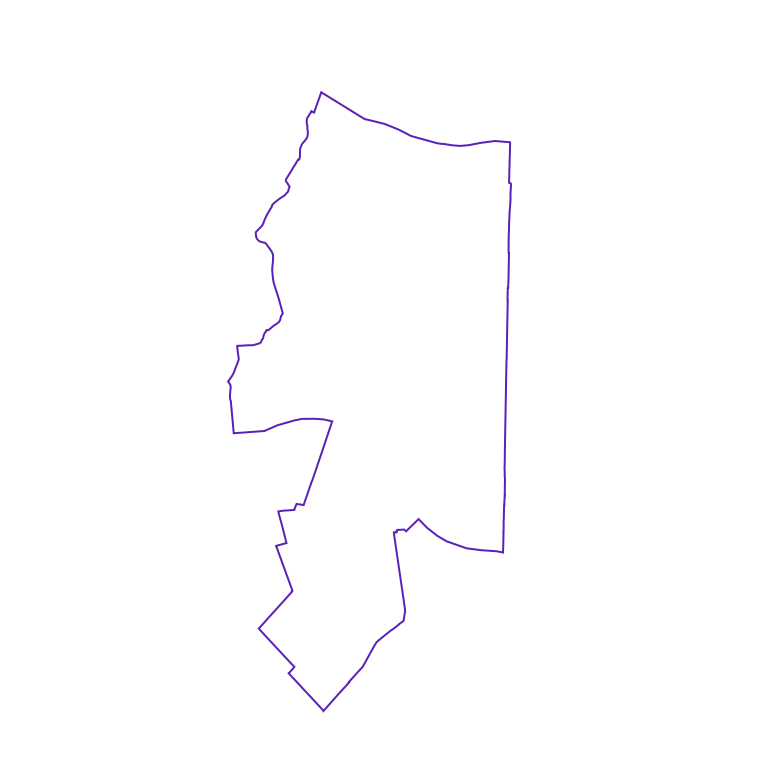 outline of Stelnica, Ialomita, Romania, rotated 254°
{"feature_id": "2599482B4677795676916", "entity_name": "Stelnica", "entity_type": "district", "adm_level": 2, "iso_a3": "ROU", "parent_name": "Romania", "parent_adm1": "Ialomita", "projection": "robinson", "projection_center": [27.955, 44.403], "detail": "fine", "context": "isolated", "style": "outline", "palette": "violet", "viewbox_px": 768, "rotation_deg": 254, "n_neighbors": 0, "source": "geoboundaries", "source_scale": "gbopen_adm2", "svg_char_len": 6029}
<svg xmlns="http://www.w3.org/2000/svg" viewBox="0 0 768 768"><g transform="rotate(254 384 384)"><path d="M681.7,404.1L664.2,391.6L666.3,389.3L665.7,388.8L664.6,388.0L664.3,387.4L664.0,386.9L663.6,386.5L663.2,386.1L662.8,385.7L662.2,385.3L661.9,384.8L661.6,384.3L660.8,383.5L660.3,383.2L659.8,382.9L659.0,382.5L658.3,382.3L657.7,382.1L657.1,381.9L656.7,381.8L656.4,381.8L655.8,381.6L655.2,381.6L654.3,381.5L653.7,381.5L653.3,381.5L653.0,381.4L652.6,381.3L651.9,381.2L651.6,381.1L651.5,380.9L651.2,380.8L650.2,380.7L648.3,380.4L647.3,380.2L645.9,379.9L645.0,379.6L644.6,379.4L644.1,379.1L643.6,378.9L643.2,378.7L642.6,378.3L642.5,378.2L642.1,377.8L641.8,377.6L641.6,377.4L641.3,377.0L640.9,376.6L640.5,376.0L639.4,374.6L639.1,374.1L638.8,373.6L638.1,372.5L637.8,372.1L637.5,371.7L637.1,371.3L636.7,370.9L635.7,370.1L634.5,369.1L633.1,368.2L632.6,368.0L632.1,367.8L631.1,367.5L630.4,367.2L628.6,366.7L626.7,366.2L625.6,365.8L625.3,365.7L624.6,365.3L624.0,364.9L623.9,364.8L623.4,364.4L623.2,364.1L623.0,363.8L623.4,363.4L621.6,361.3L619.2,358.9L618.9,358.5L618.8,358.4L618.0,357.3L617.5,356.9L616.9,356.2L613.4,352.5L610.7,349.5L608.9,347.5L608.1,346.7L607.5,346.0L607.3,345.9L607.1,345.8L606.5,345.7L606.2,345.7L605.7,345.7L605.0,345.9L604.0,346.4L603.5,346.6L602.9,346.7L602.3,346.8L601.7,346.9L601.5,347.0L601.3,347.1L600.8,347.4L600.5,347.6L600.3,347.6L599.9,347.7L599.3,347.6L599.1,347.4L598.9,347.2L598.6,346.8L598.5,346.6L598.1,346.3L597.5,346.0L596.6,345.6L596.3,345.4L595.9,345.2L595.3,344.6L595.1,344.4L594.9,344.1L594.7,343.6L594.2,342.8L593.3,341.5L592.9,340.8L592.6,340.3L592.1,338.6L590.9,334.6L589.1,330.2L588.2,328.2L587.1,326.1L586.2,325.5L585.1,324.7L580.9,320.2L579.2,318.4L575.0,314.7L571.4,312.0L570.2,310.9L569.4,309.8L568.3,307.9L567.6,306.6L565.9,303.7L565.6,303.1L565.4,302.9L565.1,302.6L564.8,302.4L563.9,302.2L562.7,302.0L561.3,301.8L560.4,301.7L559.7,301.7L558.9,301.9L558.3,302.0L557.4,302.4L555.9,303.3L555.5,303.7L554.4,305.1L552.4,308.6L551.6,309.2L547.5,310.7L542.8,312.4L540.9,312.7L539.3,312.9L538.9,312.9L538.1,312.7L535.9,312.2L532.8,311.2L526.7,308.7L524.3,307.9L516.3,306.4L512.1,305.9L510.7,305.9L505.3,306.0L499.2,306.3L491.4,306.3L479.8,306.2L477.5,303.7L474.2,301.8L472.9,300.5L472.4,299.6L471.4,297.4L471.1,296.4L470.8,295.0L469.9,292.8L468.4,289.5L467.7,288.0L467.7,287.7L467.7,287.2L467.9,286.9L468.1,286.5L468.2,286.2L468.2,285.9L467.9,285.5L467.4,285.3L467.0,285.1L466.8,284.8L466.3,283.9L466.0,283.5L465.6,283.1L464.5,282.2L464.0,281.9L463.6,281.5L463.0,281.2L462.6,281.0L461.8,280.7L461.4,280.4L460.9,279.9L460.4,279.3L460.1,279.0L459.6,278.4L458.5,277.6L458.0,276.9L457.7,276.4L457.5,275.7L457.4,275.1L457.4,274.5L457.4,273.8L457.4,272.7L457.4,272.0L457.3,271.4L457.4,269.9L457.4,269.3L457.5,268.4L457.9,267.0L458.2,265.6L458.5,264.8L458.7,263.8L459.6,260.1L459.8,258.7L460.1,257.4L460.4,256.3L460.7,255.2L461.1,253.5L460.8,253.2L448.2,251.3L447.8,251.2L447.1,250.8L445.9,249.9L443.0,247.8L441.0,246.2L439.0,244.7L437.4,243.6L436.9,243.2L436.3,242.8L433.9,240.4L432.3,238.5L431.9,237.9L431.4,237.4L431.1,236.9L430.4,236.2L429.9,235.6L429.3,234.8L428.6,235.1L427.4,235.5L425.5,236.0L424.9,236.0L424.1,236.0L423.3,235.8L422.0,235.3L420.8,234.8L419.9,234.4L417.9,233.7L416.3,233.1L414.0,232.4L413.8,232.3L412.5,232.0L411.6,231.9L410.9,231.9L410.6,232.1L410.1,232.1L409.1,231.9L378.1,226.0L371.8,256.0L373.7,270.2L373.7,287.7L373.1,295.4L369.7,307.7L366.8,315.8L362.4,323.9L338.5,307.5L310.8,288.3L310.4,287.8L289.8,273.4L292.8,266.9L288.7,263.6L288.3,263.4L287.7,263.2L288.1,261.1L289.0,256.8L289.2,255.9L289.6,254.2L289.9,252.6L290.1,251.5L290.3,250.5L290.3,250.2L290.5,248.7L290.6,247.3L290.4,247.3L286.8,247.1L276.2,247.0L258.0,246.4L258.1,235.7L210.5,239.0L210.3,238.4L209.8,238.4L201.7,225.6L201.2,224.7L199.3,221.7L194.1,213.3L192.1,210.1L188.2,203.9L187.4,202.6L183.4,196.2L179.9,197.9L142.3,217.0L141.0,217.7L136.8,219.9L135.7,218.3L133.7,215.3L132.2,212.6L119.3,219.2L113.9,221.9L93.3,232.4L90.6,233.8L87.1,235.5L86.3,235.6L95.4,249.9L100.6,258.1L104.5,264.7L106.2,267.1L106.8,268.3L107.2,268.1L108.1,269.5L108.2,269.8L108.4,270.0L115.7,281.7L118.0,285.6L135.5,303.0L136.7,304.4L137.6,305.3L138.2,306.4L138.5,307.2L139.1,308.0L139.3,308.9L140.6,311.7L141.1,312.9L145.2,322.7L145.9,325.0L147.2,328.5L149.7,334.0L150.1,335.5L151.1,337.6L154.7,339.3L158.0,340.8L158.7,341.2L158.9,341.5L162.5,342.2L177.2,344.2L196.5,346.8L227.0,350.9L237.5,352.3L238.6,352.6L238.0,354.4L238.8,354.6L238.5,355.7L240.1,356.5L239.6,358.5L238.5,363.3L236.3,364.6L244.6,380.0L234.0,385.7L223.5,393.3L215.6,400.7L212.2,405.5L203.3,418.1L197.4,431.7L192.3,445.9L189.2,452.0L190.4,452.3L193.9,453.5L196.1,454.2L205.2,457.0L206.9,457.5L207.4,457.7L207.9,457.7L207.9,457.8L208.3,457.9L210.9,458.8L219.8,461.4L220.1,461.6L221.8,462.1L224.7,463.0L227.6,463.9L232.0,465.3L234.5,466.1L234.4,466.3L239.4,467.8L240.4,468.3L243.3,469.2L243.2,469.4L244.4,469.8L244.5,469.6L258.7,473.9L260.2,474.3L261.5,474.6L262.1,474.6L263.1,474.9L263.5,475.0L266.1,475.8L269.2,476.5L277.8,479.2L283.6,480.9L287.9,482.2L323.8,493.2L356.8,503.3L364.0,505.5L369.8,507.3L372.8,508.2L375.4,509.2L381.1,510.9L406.9,518.8L418.6,522.4L422.5,523.6L425.4,524.5L428.6,525.5L430.3,526.0L430.4,525.8L442.1,529.4L442.0,529.8L445.4,530.9L448.4,531.9L449.0,532.1L464.2,536.8L475.7,540.3L475.9,539.9L484.4,542.5L484.5,542.4L486.9,543.2L487.8,543.5L488.4,543.7L490.4,544.2L493.1,545.1L495.9,546.0L497.6,546.6L498.4,546.8L501.1,547.7L503.9,548.5L506.7,549.5L512.5,551.4L515.4,552.4L516.5,552.8L518.2,553.5L521.0,554.5L523.9,555.6L526.8,556.6L528.3,557.0L530.3,557.5L532.3,558.1L537.9,560.1L539.3,560.6L540.7,561.0L541.3,561.1L541.7,561.1L542.0,561.1L543.0,559.7L548.3,561.4L552.2,562.6L553.9,563.1L556.6,564.0L562.3,565.8L565.5,566.8L569.2,568.0L572.8,569.1L574.2,569.5L575.3,569.9L578.5,570.9L580.6,571.6L581.6,571.8L587.0,557.7L589.1,543.7L590.3,530.9L591.8,523.1L594.6,515.5L598.3,507.6L598.8,505.9L600.8,501.4L615.0,478.3L624.7,468.0L633.8,456.3L638.6,448.1L644.0,438.4L681.7,404.1Z" fill="none" stroke="#5b21b6" stroke-width="2"/></g></svg>